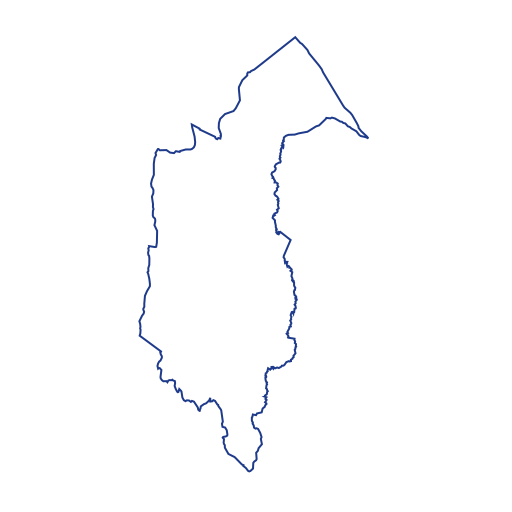 outline of Bakan, Pouthisat, Cambodia, rotated 174°
{"feature_id": "14789045B65386681247425", "entity_name": "Bakan", "entity_type": "district", "adm_level": 2, "iso_a3": "KHM", "parent_name": "Cambodia", "parent_adm1": "Pouthisat", "projection": "equal_earth", "projection_center": [103.706, 12.696], "detail": "fine", "context": "isolated", "style": "outline", "palette": "blue", "viewbox_px": 512, "rotation_deg": 174, "n_neighbors": 0, "source": "geoboundaries", "source_scale": "gbopen_adm2", "svg_char_len": 6114}
<svg xmlns="http://www.w3.org/2000/svg" viewBox="0 0 512 512"><g transform="rotate(174 256 256)"><path d="M230.7,317.3L228.1,319.4L228.2,321.2L226.5,322.6L227.3,324.3L226.8,325.8L228.4,327.1L229.8,327.2L229.3,329.1L230.1,330.1L230.3,331.5L231.4,331.9L230.8,333.0L231.4,333.7L232.1,335.7L231.3,337.3L228.7,338.4L227.4,340.1L227.2,341.5L227.9,342.4L228.0,343.2L226.6,345.1L223.3,346.5L222.4,346.3L221.6,347.2L221.7,348.6L222.5,350.2L221.6,351.1L221.9,351.3L221.8,352.9L221.0,354.1L221.2,355.2L220.1,357.3L220.4,358.9L219.8,359.2L219.9,360.0L218.8,361.7L217.7,360.7L217.5,361.2L217.3,362.4L218.3,363.2L217.1,363.4L217.1,363.9L218.2,365.0L218.2,365.5L216.6,367.0L217.0,367.2L217.0,368.1L216.3,368.4L215.9,370.9L213.7,372.4L211.0,373.1L204.7,372.7L200.7,373.5L191.8,374.2L182.8,378.6L179.6,379.3L172.3,385.0L171.6,386.0L167.6,385.1L166.1,385.7L163.2,384.6L158.1,380.9L156.5,380.5L155.3,379.2L153.3,378.5L151.1,375.4L149.1,374.4L147.8,372.9L143.2,369.6L140.7,365.6L139.4,364.4L134.4,362.7L132.0,361.2L133.1,363.1L138.3,369.1L140.6,372.7L140.6,374.3L141.9,377.7L145.6,386.1L147.2,388.6L152.4,394.2L153.7,396.6L170.1,431.6L171.1,434.8L173.3,438.7L182.0,451.9L183.3,455.5L188.0,462.0L189.8,463.4L194.1,469.5L238.2,441.6L241.5,440.5L242.8,439.4L244.9,439.4L245.7,438.1L245.8,436.5L251.2,432.3L255.3,425.8L255.6,423.8L255.7,412.5L260.7,405.0L263.2,402.5L272.0,400.4L277.3,396.1L279.0,392.0L279.7,387.2L278.2,381.1L278.3,379.2L278.7,379.1L278.6,378.3L279.2,376.5L281.2,377.3L282.3,376.2L283.3,376.7L284.1,377.9L284.2,378.8L298.8,387.7L298.7,388.5L306.1,393.5L306.0,390.5L304.6,381.2L304.6,375.5L305.2,372.7L306.4,370.6L308.4,369.2L310.0,368.8L314.6,369.3L320.5,368.3L321.0,367.5L324.7,368.6L326.8,366.9L330.6,367.8L334.0,370.7L340.6,371.2L341.8,372.6L342.4,372.6L345.2,368.9L344.8,366.9L346.6,364.1L348.0,358.4L349.1,347.4L351.5,342.8L352.8,339.0L352.7,335.9L351.8,334.5L351.1,332.3L351.6,329.0L353.3,325.9L353.0,318.3L353.4,315.5L353.0,313.4L353.8,311.6L354.4,307.1L354.1,305.6L352.6,303.8L352.4,302.2L352.7,300.4L353.8,297.3L351.7,291.3L353.2,279.6L354.3,275.6L355.4,275.4L361.2,277.0L361.1,276.5L362.3,274.9L362.2,272.7L363.0,270.6L362.9,268.2L362.3,267.3L362.3,264.5L363.1,258.2L364.4,255.2L364.6,252.2L365.6,251.2L365.1,249.7L364.5,244.5L364.4,239.3L364.7,237.0L368.1,232.4L370.6,228.0L372.1,220.2L372.4,217.1L373.5,215.5L373.7,214.5L373.1,212.2L373.8,210.4L375.5,208.6L378.8,203.3L378.3,200.6L378.3,197.6L378.8,196.1L378.5,194.8L379.1,191.2L380.0,188.9L359.8,170.4L361.1,170.9L361.3,170.5L361.0,168.2L360.1,166.1L360.3,164.6L362.0,161.9L363.3,161.2L364.7,159.2L365.5,156.9L365.1,154.2L364.3,154.8L363.4,154.5L362.0,152.5L363.6,145.8L363.6,144.3L362.6,142.4L361.2,141.1L358.2,140.9L357.3,139.7L356.3,141.2L355.1,141.6L353.0,141.3L352.1,141.7L351.5,140.9L349.8,140.1L349.7,138.1L350.5,135.3L349.8,132.4L348.6,129.3L347.9,128.7L347.4,128.9L346.2,131.7L344.7,129.8L344.3,129.0L344.0,122.9L342.8,120.1L341.3,119.0L339.9,119.7L337.7,119.3L336.0,117.7L334.9,118.6L332.9,117.6L329.7,111.4L329.5,109.2L328.4,107.9L328.0,108.0L328.0,109.2L327.2,110.0L326.6,112.2L323.3,114.1L321.0,114.7L317.7,117.2L316.7,119.0L316.4,118.9L316.6,116.0L314.7,116.1L313.5,117.1L311.9,116.2L310.0,112.4L309.2,111.9L309.1,110.6L307.0,107.0L306.7,105.9L306.3,94.7L307.4,92.7L307.2,89.6L304.6,88.6L303.3,85.7L303.1,81.5L303.4,80.4L304.9,79.7L307.5,79.5L308.1,78.8L307.0,77.2L307.7,73.6L307.5,72.5L306.8,71.1L307.0,68.6L304.1,62.0L298.2,58.2L291.8,50.1L290.3,49.3L290.6,48.6L288.2,46.2L286.3,43.1L285.3,42.5L284.0,42.8L281.2,44.9L280.3,50.6L279.3,51.7L277.2,52.9L276.6,54.0L276.4,60.3L274.5,62.1L273.5,64.6L269.8,68.2L270.3,73.6L269.4,75.3L270.3,79.6L272.0,83.8L273.5,84.6L274.6,84.4L275.9,85.6L276.0,87.8L276.9,89.6L276.5,90.4L276.6,91.0L277.1,91.7L277.3,93.0L277.0,95.9L276.4,96.4L275.7,98.7L272.6,97.7L271.5,99.3L266.7,99.9L265.5,103.3L264.4,104.4L263.4,104.7L262.3,106.7L261.0,107.8L261.1,108.4L262.3,109.6L260.6,111.5L260.5,111.8L261.5,112.6L261.5,113.2L260.4,114.4L262.0,115.2L261.4,115.3L261.6,116.3L259.7,117.4L259.1,119.7L258.4,120.3L259.0,121.4L259.0,122.4L259.8,123.3L259.0,126.6L258.4,127.1L258.8,128.7L258.3,129.1L259.3,130.8L259.4,131.7L259.4,133.9L258.7,134.3L259.1,135.5L258.5,135.6L258.9,137.0L258.6,138.3L257.5,138.8L257.2,139.7L256.4,140.2L256.5,141.0L255.7,143.1L253.8,141.5L253.2,142.3L252.3,142.3L252.2,144.0L250.9,144.0L250.3,142.4L249.8,143.3L248.6,142.3L246.7,142.9L245.0,142.2L242.3,143.4L241.8,144.2L240.1,144.1L239.0,144.8L236.9,147.3L234.3,148.0L233.7,147.6L232.2,147.8L232.1,149.2L230.4,150.1L230.1,150.9L229.1,151.5L229.2,152.8L226.9,155.1L227.3,158.7L226.7,159.2L226.3,161.0L225.6,161.6L225.9,162.0L225.5,163.6L225.5,164.4L226.5,165.4L226.0,167.1L226.6,168.3L226.3,169.7L232.5,171.4L232.7,171.9L232.1,172.4L232.3,173.6L233.6,175.4L232.2,176.0L232.8,177.1L230.6,180.3L230.2,182.0L228.7,182.3L229.0,183.9L228.0,185.0L227.9,185.7L228.7,188.3L227.7,189.1L227.7,190.2L227.1,191.9L227.7,193.2L227.5,194.1L226.3,196.5L225.6,196.6L224.9,194.8L224.7,195.6L223.9,196.1L223.2,199.5L222.1,199.7L221.8,200.2L222.0,202.4L222.7,203.6L221.5,204.8L221.6,206.6L220.1,208.1L220.0,208.6L221.3,209.3L221.2,210.4L220.4,210.4L220.2,211.0L220.9,212.5L221.7,213.0L221.9,214.3L222.0,216.7L221.3,218.1L220.8,218.2L220.2,220.3L221.0,221.8L221.2,223.1L220.9,225.3L221.2,227.5L221.5,227.8L222.0,227.0L222.7,228.1L222.1,229.9L222.9,232.3L221.6,236.1L223.2,237.6L222.0,238.3L221.9,238.9L223.2,240.6L224.1,240.9L223.9,241.7L224.3,242.4L225.0,242.8L225.9,242.1L226.5,245.2L225.8,245.7L225.9,246.2L225.5,246.9L227.5,247.2L227.3,246.8L227.8,246.4L227.8,250.3L228.7,251.8L228.3,253.3L219.9,268.3L229.4,277.5L229.9,277.2L230.9,277.6L231.2,277.1L230.5,276.0L231.2,275.2L232.0,275.6L231.7,276.3L232.2,276.9L232.9,276.6L233.4,277.4L232.9,278.8L233.3,279.3L233.2,280.4L232.6,280.6L233.4,282.8L233.1,283.8L233.6,288.0L233.4,289.5L235.5,292.2L234.6,294.6L234.0,294.8L233.5,294.3L233.0,294.6L233.6,295.3L233.3,296.2L230.5,297.1L229.7,298.5L230.3,299.8L228.4,301.0L229.0,304.7L228.3,305.7L228.5,307.4L227.7,308.2L227.8,308.9L228.8,309.7L227.7,310.6L228.5,312.3L229.4,313.5L230.2,313.8L231.2,315.7L230.7,317.3Z" fill="none" stroke="#1e3a8a" stroke-width="2"/></g></svg>